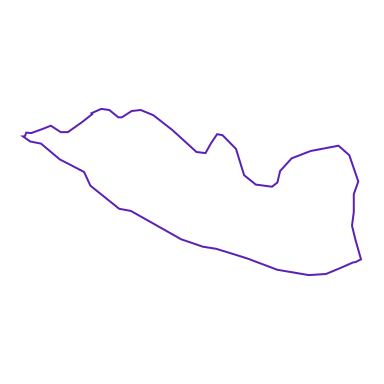 Diamond/Diamond Estate, Soufrière, Saint Lucia
{"feature_id": "8701671B2571810219289", "entity_name": "Diamond/Diamond Estate", "entity_type": "district", "adm_level": 2, "iso_a3": "LCA", "parent_name": "Saint Lucia", "parent_adm1": "Soufrière", "projection": "natural_earth1", "projection_center": [-61.044, 13.852], "detail": "fine", "context": "isolated", "style": "outline", "palette": "violet", "viewbox_px": 384, "rotation_deg": 0, "n_neighbors": 0, "source": "geoboundaries", "source_scale": "gbopen_adm2", "svg_char_len": 875}
<svg xmlns="http://www.w3.org/2000/svg" viewBox="0 0 384 384"><path d="M355.5,262.1L361.0,259.3L355.6,240.4L352.0,225.7L353.8,212.0L353.8,194.1L358.0,182.3L358.3,181.5L349.3,155.2L338.5,145.7L310.6,151.0L291.7,158.3L280.1,171.0L277.4,182.5L272.0,186.7L255.8,184.6L244.1,175.2L236.0,148.9L222.5,135.2L219.0,134.5L217.1,134.2L210.8,143.6L205.5,153.1L196.5,152.0L172.2,129.9L153.3,115.2L140.7,110.0L131.7,111.0L121.9,117.3L118.3,117.3L109.3,110.0L101.2,108.9L91.5,113.2L91.7,113.5L92.2,114.2L91.6,114.6L81.4,122.6L67.9,132.1L60.7,132.1L54.8,128.3L50.8,125.7L42.8,128.9L31.1,133.1L26.3,132.6L25.8,133.8L24.8,136.3L23.0,136.4L30.2,141.5L41.0,143.6L59.8,159.4L84.1,172.0L90.4,185.7L119.2,208.8L130.8,210.9L181.2,239.3L202.8,246.7L216.2,248.8L246.8,258.3L277.4,269.8L308.8,275.1L325.9,274.0L338.5,268.8L352.9,262.5L355.5,262.1Z" fill="none" stroke="#5b21b6" stroke-width="2"/></svg>